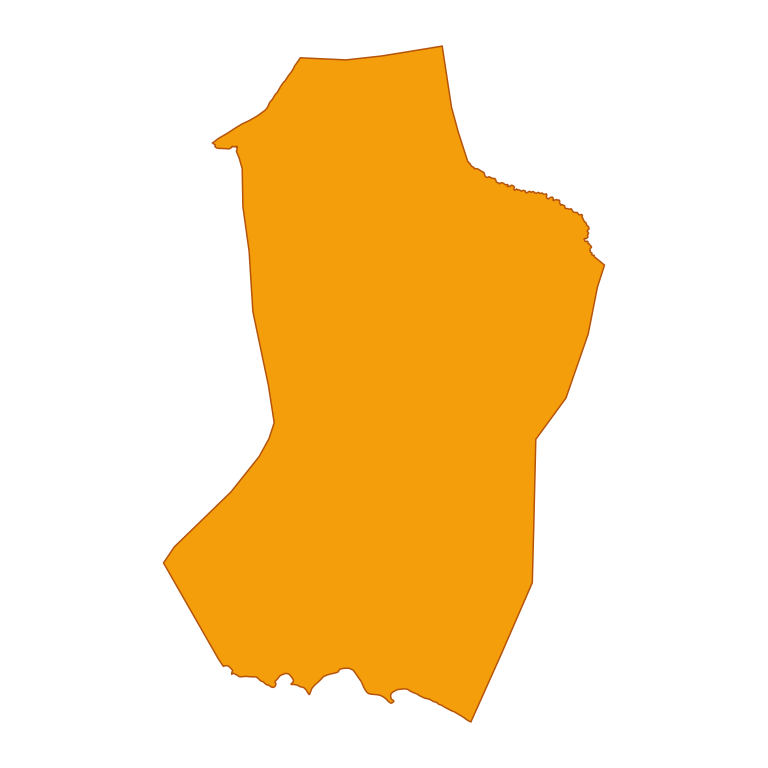 Malchin, Uvs, Mongolia
{"feature_id": "93677404B34318857177168", "entity_name": "Malchin", "entity_type": "district", "adm_level": 2, "iso_a3": "MNG", "parent_name": "Mongolia", "parent_adm1": "Uvs", "projection": "orthographic", "projection_center": [93.317, 49.713], "detail": "fine", "context": "isolated", "style": "filled", "palette": "amber", "viewbox_px": 768, "rotation_deg": 0, "n_neighbors": 0, "source": "geoboundaries", "source_scale": "gbopen_adm2", "svg_char_len": 6106}
<svg xmlns="http://www.w3.org/2000/svg" viewBox="0 0 768 768"><path d="M212.5,143.0L214.0,144.1L215.0,144.6L215.2,145.0L215.2,145.3L215.2,145.7L214.9,146.5L216.0,147.5L217.5,148.3L225.0,148.6L229.1,148.9L229.4,148.6L231.3,147.7L232.2,146.4L232.7,146.4L232.9,146.7L234.2,146.7L234.6,146.5L235.4,146.9L236.3,146.3L236.6,146.3L237.0,146.4L237.2,146.7L237.3,147.2L237.2,147.6L236.8,147.9L236.9,148.4L237.1,148.7L237.2,149.3L237.2,149.6L236.8,150.3L236.5,150.7L236.4,151.1L236.4,151.4L239.2,158.2L242.2,168.6L242.9,206.6L249.1,251.2L252.9,311.7L268.5,385.9L274.2,422.7L269.0,438.6L259.1,456.6L230.9,492.0L174.5,546.7L163.5,562.9L218.2,658.6L223.3,666.3L224.2,666.0L226.4,665.6L227.2,665.7L228.2,666.1L229.3,666.8L231.8,669.4L232.7,670.4L232.2,671.5L231.7,673.1L231.7,673.5L231.8,674.2L232.2,674.1L232.8,673.5L233.1,673.3L233.4,673.3L233.9,673.4L235.1,674.2L237.3,675.2L239.0,676.5L240.0,676.8L241.8,676.8L243.9,676.5L246.0,676.4L247.6,676.5L251.1,676.8L256.1,676.9L256.6,677.2L258.7,678.9L259.4,679.6L260.1,680.4L261.2,681.1L262.6,681.6L263.7,682.2L264.8,683.4L266.7,684.8L268.2,685.1L269.3,685.5L270.4,686.5L271.8,687.2L273.5,687.4L274.7,686.6L275.5,685.8L275.9,683.7L275.8,683.2L275.3,682.8L275.0,682.4L275.1,681.4L277.2,679.3L279.2,676.7L280.3,675.5L281.2,675.2L281.9,674.7L283.4,674.3L284.7,673.7L285.9,673.4L287.8,673.7L289.1,674.3L290.0,675.1L291.3,676.8L292.3,678.1L293.1,679.6L293.4,680.2L293.4,681.1L292.9,682.2L291.2,683.7L291.2,684.3L291.8,684.6L292.7,684.4L296.8,684.9L298.6,685.8L299.8,686.6L301.0,686.9L303.0,687.3L304.1,687.9L305.9,689.6L308.9,694.4L309.3,694.5L309.6,694.3L311.0,690.7L311.7,688.7L313.1,686.9L315.1,684.7L317.0,683.1L319.8,680.5L323.4,676.7L326.6,675.2L329.7,674.2L335.8,672.8L337.8,672.1L339.9,669.2L343.5,668.4L346.7,668.2L348.9,668.2L352.9,670.0L353.8,670.9L361.2,681.5L363.4,686.4L363.6,687.1L365.1,689.7L366.5,691.8L368.0,693.2L368.8,693.6L369.9,693.9L371.2,694.2L377.1,694.7L380.1,695.3L383.4,696.9L385.1,698.2L386.1,699.0L388.2,701.3L390.3,702.8L391.1,703.2L391.7,703.0L392.5,702.6L393.0,702.2L393.6,701.8L393.8,701.3L393.6,700.6L393.1,700.2L392.2,699.9L391.6,699.1L391.0,698.1L390.8,697.4L390.7,696.4L390.7,695.3L390.9,694.2L391.2,693.7L391.7,693.1L393.0,691.9L396.0,690.3L397.4,689.7L398.7,689.4L402.3,689.1L404.0,688.8L406.0,689.0L407.4,689.3L408.6,689.9L409.7,690.8L412.6,692.3L415.7,693.4L417.2,694.1L419.4,695.6L424.3,698.0L429.1,699.2L430.6,699.9L433.8,701.7L435.0,701.9L436.5,702.4L438.8,704.3L439.3,704.5L441.0,705.0L442.0,705.4L443.3,706.4L447.5,708.7L451.6,710.8L454.5,711.9L458.1,714.1L461.5,716.0L468.1,720.6L470.9,721.9L501.1,654.5L532.3,582.7L533.8,524.5L535.8,439.3L566.0,398.0L588.2,334.0L597.4,287.2L604.5,265.1L594.3,256.7L594.2,255.5L593.7,255.3L591.9,254.8L591.8,254.2L591.9,253.0L590.7,252.3L590.3,251.8L590.3,250.7L589.9,250.1L589.8,249.5L590.3,248.7L590.4,248.3L590.9,247.8L591.4,247.4L591.5,247.0L591.4,246.6L590.8,245.9L589.9,245.2L589.3,243.9L588.7,243.9L588.3,243.8L588.1,243.5L588.0,242.6L588.0,241.9L587.8,241.5L587.5,241.3L587.1,241.2L586.6,241.3L586.4,241.5L585.9,241.7L585.4,241.5L585.1,241.2L584.7,240.5L584.1,239.3L584.2,238.8L584.5,238.5L584.9,238.4L585.9,238.7L586.3,238.6L587.2,237.9L587.9,237.2L587.9,236.8L587.4,235.7L587.3,235.4L588.3,233.9L588.5,233.3L588.4,232.8L588.2,232.3L587.2,231.5L587.2,231.1L588.0,229.7L588.6,229.4L588.9,229.0L588.9,228.5L588.9,227.7L588.6,227.0L587.9,226.2L587.0,225.6L586.4,224.3L586.4,223.7L585.9,222.8L585.4,222.2L584.3,221.8L584.2,221.4L584.0,220.7L583.3,219.6L582.9,218.3L582.5,217.7L582.2,217.5L582.1,217.2L582.1,216.7L582.2,216.1L582.4,215.6L582.3,215.3L582.1,214.9L581.8,214.6L581.4,214.5L580.5,214.6L579.9,214.9L579.5,214.9L578.9,214.6L578.5,214.3L578.1,213.7L577.7,213.0L576.7,212.4L576.1,212.5L574.1,212.3L573.5,212.0L572.8,211.4L572.0,209.9L571.3,208.9L570.9,208.8L570.5,208.9L569.9,209.2L569.2,209.1L567.0,208.5L565.9,208.6L565.5,208.4L565.0,207.9L564.8,206.3L564.6,205.8L563.2,205.1L562.0,204.6L561.6,204.6L561.2,205.0L560.7,205.1L560.5,204.8L560.3,204.0L559.7,203.2L559.6,202.8L559.7,201.4L559.6,200.7L559.1,200.1L558.7,200.0L558.1,200.2L557.6,200.1L556.5,199.6L555.7,199.7L554.5,200.1L554.0,200.4L553.7,200.6L553.4,200.5L553.1,200.2L553.1,199.8L553.1,199.3L553.3,198.5L552.6,197.3L552.3,197.2L551.8,197.1L550.8,197.3L549.8,197.8L548.8,198.6L548.3,198.9L547.8,198.7L547.1,198.2L546.8,197.9L546.5,197.4L546.5,196.6L546.8,195.4L546.6,194.3L546.3,193.9L545.2,194.3L543.8,194.1L543.0,193.8L542.1,193.0L541.7,193.1L540.8,193.4L540.3,193.3L538.2,192.4L537.7,192.5L536.3,193.4L535.4,193.1L533.5,191.7L533.1,191.5L532.6,191.5L531.5,192.3L530.9,192.2L530.5,191.9L530.0,191.5L529.5,191.3L526.3,193.0L525.5,192.0L525.2,191.0L524.9,190.7L524.3,190.7L523.3,190.3L522.8,190.4L521.6,191.1L521.2,191.0L519.7,190.1L519.0,189.8L518.4,189.8L518.0,190.0L517.7,189.9L516.7,189.0L516.4,189.1L516.0,189.4L515.8,189.7L515.3,190.1L514.7,190.2L514.3,190.1L514.0,189.7L513.9,189.3L513.9,188.8L514.3,187.6L514.3,187.1L514.2,186.7L513.5,186.0L512.5,185.5L511.9,185.3L511.3,185.3L510.9,185.5L510.5,186.1L510.1,186.4L509.6,186.4L508.9,186.1L508.5,186.2L507.8,186.7L507.5,186.6L507.4,186.3L507.4,186.0L507.9,185.2L507.8,184.9L507.7,184.6L507.3,184.5L506.3,184.7L505.9,184.8L505.4,184.7L505.0,184.5L503.4,183.2L502.1,182.8L501.4,182.7L500.6,183.0L500.0,183.4L499.7,183.7L499.4,183.7L498.8,183.0L498.3,183.0L497.7,182.7L497.1,182.4L496.3,181.8L495.7,179.8L495.5,179.3L495.1,178.8L494.7,178.5L493.5,178.5L492.8,178.4L490.5,177.5L489.9,177.0L489.6,176.9L488.5,176.9L487.3,177.4L486.6,177.3L485.7,176.8L485.1,176.2L484.0,172.8L483.4,172.3L479.1,169.8L477.9,168.9L477.2,168.8L476.5,168.6L475.8,168.6L474.5,168.8L474.3,168.7L473.9,167.5L471.3,166.0L471.1,165.4L470.2,164.4L469.9,163.3L469.7,163.2L469.1,163.1L468.9,162.9L468.3,161.8L467.8,161.5L467.6,161.1L467.4,160.4L458.4,132.5L451.5,107.3L442.2,46.1L381.4,56.0L346.1,59.9L300.3,57.8L294.5,66.2L293.7,68.1L291.4,71.8L288.6,75.4L284.7,81.4L283.6,82.1L280.6,86.5L277.5,92.0L275.0,94.8L272.7,98.9L269.7,102.4L267.6,107.2L265.3,110.1L256.9,116.2L249.0,120.7L242.0,124.0L235.5,127.9L227.1,133.4L218.6,138.3L212.5,143.0Z" fill="#f59e0b" stroke="#b45309" stroke-width="1.5"/></svg>